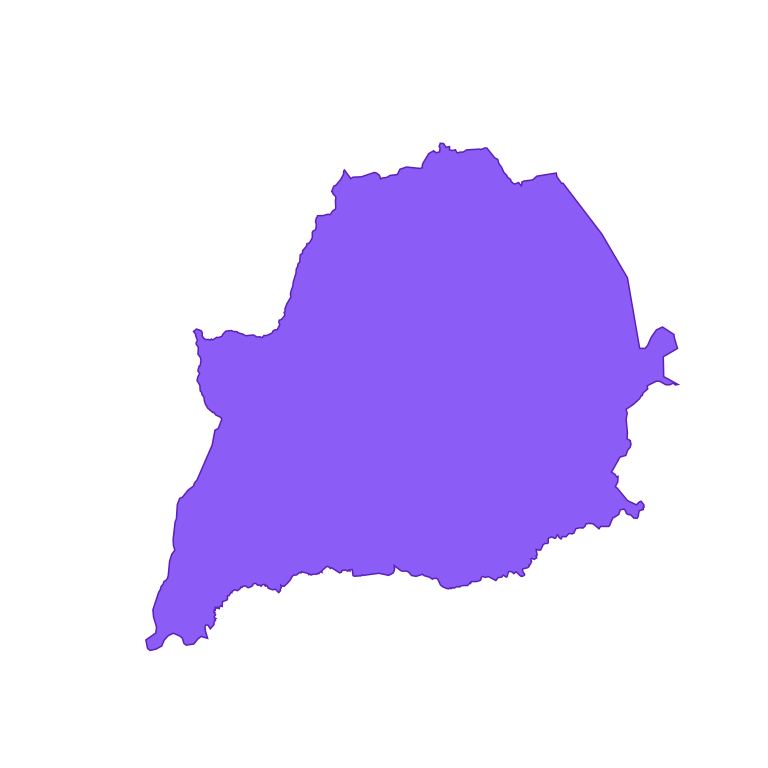 outline of Nkoranza South, Brong Ahafo, Ghana, rotated 166°
{"feature_id": "2480657B38880944597072", "entity_name": "Nkoranza South", "entity_type": "district", "adm_level": 2, "iso_a3": "GHA", "parent_name": "Ghana", "parent_adm1": "Brong Ahafo", "projection": "natural_earth1", "projection_center": [-1.641, 7.453], "detail": "fine", "context": "isolated", "style": "filled", "palette": "violet", "viewbox_px": 768, "rotation_deg": 166, "n_neighbors": 0, "source": "geoboundaries", "source_scale": "gbopen_adm2", "svg_char_len": 6167}
<svg xmlns="http://www.w3.org/2000/svg" viewBox="0 0 768 768"><g transform="rotate(166 384 384)"><path d="M210.4,191.5L208.3,193.4L200.5,191.4L199.3,192.1L194.7,198.4L187.8,200.6L185.3,204.7L181.6,204.6L180.7,203.7L180.1,199.8L179.2,198.6L176.1,197.2L174.2,193.6L171.0,192.4L169.6,193.6L167.1,199.2L162.7,199.5L162.5,201.1L161.4,201.6L161.1,204.2L163.0,208.1L164.8,207.8L168.3,205.7L175.9,211.9L182.8,226.3L184.4,228.5L180.9,232.3L179.3,237.7L180.5,237.4L181.9,240.7L184.6,243.4L172.7,256.0L166.6,256.2L163.6,260.8L160.7,262.9L159.0,265.5L158.7,269.5L161.4,272.1L159.6,277.7L157.6,291.2L155.0,297.0L155.4,300.8L147.1,303.8L139.4,308.0L137.2,310.4L136.3,310.3L134.7,312.7L129.3,315.4L129.0,318.6L119.2,320.8L116.0,320.1L110.6,315.0L107.0,314.1L102.9,314.8L101.6,312.6L98.8,312.4L110.8,323.5L106.4,342.9L90.6,347.5L91.1,359.0L90.7,361.9L100.0,371.9L106.6,370.6L113.2,364.9L119.1,357.4L122.2,355.4L127.3,356.8L122.1,428.1L136.4,476.9L161.8,535.6L163.1,535.6L163.4,536.3L166.1,543.4L165.8,547.0L185.4,548.7L190.4,546.1L199.4,547.1L201.4,546.5L201.9,544.6L203.1,543.2L204.6,546.9L208.5,546.4L209.8,547.1L211.8,550.1L211.6,551.6L214.3,555.2L214.5,557.0L216.4,560.0L217.5,566.0L219.2,570.1L219.3,574.4L221.9,576.7L227.1,588.1L229.2,588.6L233.3,588.0L234.0,588.7L247.2,591.2L250.8,589.9L254.8,590.7L256.1,590.2L257.2,590.9L258.1,594.0L261.1,594.0L263.8,595.3L263.0,598.5L266.6,598.7L268.0,602.9L271.2,604.0L273.1,601.0L272.5,599.6L273.9,595.7L277.6,595.9L279.4,598.3L284.9,596.7L292.1,589.5L293.7,587.5L294.6,584.6L297.0,584.5L309.7,589.1L316.6,588.5L320.4,584.0L327.6,584.9L331.4,583.8L335.7,584.3L337.7,583.8L337.9,587.5L340.2,590.5L342.1,591.6L355.9,590.5L364.0,592.2L366.5,591.3L370.6,601.2L371.6,600.4L372.6,597.2L376.6,592.9L382.4,588.6L384.9,588.1L388.3,583.3L387.5,582.6L387.5,580.8L385.6,577.5L385.6,576.3L386.7,574.0L388.3,566.3L389.1,565.3L391.7,564.5L395.2,561.4L397.4,562.3L402.2,562.1L407.8,563.4L408.4,562.1L409.5,561.5L411.3,557.8L410.9,555.9L412.0,552.4L413.1,550.3L416.1,549.4L416.9,548.5L418.2,543.2L422.2,539.0L424.8,538.8L426.0,536.4L430.6,533.2L431.6,530.5L434.1,529.5L436.2,522.8L438.4,521.3L439.4,518.9L441.3,516.8L442.6,512.8L447.5,504.7L448.8,501.0L451.6,496.9L453.2,493.6L453.1,491.1L458.7,485.5L461.9,481.0L462.4,478.1L463.6,477.7L463.5,474.7L468.0,471.4L470.4,471.2L471.1,469.2L470.8,466.8L474.4,462.6L476.6,462.9L478.7,462.4L480.4,460.5L485.9,459.4L488.8,460.1L490.8,458.6L491.6,458.7L493.0,459.9L495.6,460.2L498.9,463.2L506.6,464.3L508.8,466.5L513.3,469.1L513.9,470.4L517.3,471.3L519.1,472.8L524.6,473.6L528.3,471.3L529.8,469.5L533.4,469.1L535.0,469.8L539.5,468.2L540.5,469.4L541.9,468.6L543.5,469.7L546.2,470.3L547.8,471.9L548.7,474.5L547.9,478.2L548.7,480.1L552.6,482.7L556.1,481.1L554.8,477.8L555.1,476.4L554.5,471.4L556.4,469.3L556.6,468.0L555.3,464.4L557.3,457.9L555.8,454.3L555.8,451.4L557.9,446.3L559.0,446.2L560.9,442.9L561.4,441.4L560.3,439.0L563.0,435.8L564.6,432.6L563.0,427.3L564.0,421.7L563.0,420.0L563.2,417.9L561.9,414.7L562.4,411.1L562.1,407.3L560.8,403.0L556.9,397.6L555.9,397.6L554.7,394.6L550.8,391.4L549.8,389.3L555.6,380.9L559.2,380.1L565.5,366.3L588.6,336.2L591.9,333.7L593.5,331.1L599.9,328.4L606.8,323.0L610.0,322.4L613.7,317.0L618.0,303.5L620.1,300.6L626.3,284.0L627.4,278.0L627.1,273.4L631.1,270.2L634.9,264.0L639.7,250.3L641.1,247.9L643.1,246.1L645.1,245.8L646.9,243.1L649.2,241.5L650.8,238.6L653.0,236.5L662.9,220.7L664.0,213.6L663.5,203.1L665.7,197.6L677.0,193.2L677.4,184.6L675.5,182.1L669.3,181.9L663.1,183.5L659.3,188.6L654.1,192.1L648.6,193.1L643.3,189.0L641.2,186.4L640.9,180.8L639.2,178.5L631.4,177.7L626.3,181.6L622.6,183.3L616.7,179.9L617.0,187.9L616.3,192.1L615.0,193.3L613.1,192.5L611.8,188.5L607.2,191.6L606.6,194.0L604.7,195.5L605.0,196.5L603.8,197.1L605.0,198.0L605.0,199.3L603.2,200.9L603.8,201.9L603.3,203.2L604.2,203.6L603.4,205.8L602.5,205.3L601.8,208.0L601.0,207.0L599.6,207.7L599.4,206.4L598.2,205.9L598.2,206.9L596.4,208.2L594.8,207.3L593.4,211.9L588.6,212.4L587.8,213.3L587.3,215.9L586.8,216.4L585.8,216.0L582.9,218.7L582.1,218.2L581.6,219.4L578.8,220.5L576.1,218.9L572.9,220.3L572.3,221.5L570.9,221.0L569.8,221.9L567.0,221.5L565.5,219.4L564.2,219.1L560.5,220.0L559.1,221.7L558.1,221.7L556.5,221.4L555.4,219.4L553.3,219.0L552.2,217.5L550.5,218.8L548.1,218.2L548.4,217.2L547.8,216.5L546.8,217.0L546.1,216.1L545.7,213.8L541.7,211.2L539.1,211.2L536.6,207.0L534.5,208.5L534.4,209.9L533.0,211.2L532.8,213.7L532.0,212.7L529.7,211.9L525.2,214.5L522.0,216.8L519.9,219.3L518.1,220.3L515.1,219.9L511.6,221.5L510.1,220.8L509.5,221.7L504.8,219.3L503.2,218.3L503.0,217.2L502.2,217.6L501.0,216.3L498.5,216.6L495.0,215.7L493.9,216.4L493.1,215.7L491.1,217.3L489.8,216.2L489.7,217.3L488.3,218.5L483.4,220.9L481.5,219.6L480.7,218.0L479.3,218.4L472.9,211.6L471.0,211.6L469.7,213.2L466.3,212.8L464.4,211.1L463.2,211.9L462.3,210.8L461.9,212.0L459.7,211.7L460.4,205.6L459.4,204.7L452.6,203.4L451.6,204.3L450.4,203.3L434.8,201.6L425.8,197.2L420.8,198.4L418.6,201.4L418.0,205.3L413.3,199.3L411.7,198.0L407.4,197.0L405.6,195.5L403.6,191.5L399.4,189.6L392.6,190.0L391.5,188.4L386.4,185.4L384.3,182.9L383.2,183.3L380.1,182.8L379.0,181.6L377.9,175.6L376.5,173.4L372.7,170.4L370.7,169.6L368.7,170.3L368.4,169.2L366.2,169.7L365.4,169.0L361.9,169.9L361.4,169.2L359.4,168.8L359.1,169.3L356.6,169.4L351.7,168.3L348.4,170.3L348.2,169.7L347.0,171.1L342.0,169.9L337.8,170.2L335.9,173.1L334.9,173.4L332.4,171.8L329.3,171.9L323.0,166.2L320.2,168.5L316.3,168.2L314.9,169.5L314.2,169.5L312.2,167.1L311.3,167.2L308.7,171.5L307.9,171.9L305.4,170.8L303.9,168.6L301.2,169.8L298.0,164.7L296.9,164.0L295.1,164.1L293.8,164.7L293.6,165.5L294.6,168.0L294.6,170.3L293.9,171.0L289.0,171.0L287.3,171.9L286.8,172.7L287.1,173.2L285.5,173.8L283.8,176.0L284.0,178.0L283.5,178.9L282.7,179.0L280.8,177.5L277.9,178.4L277.9,180.6L276.8,180.9L276.4,186.7L273.4,185.1L272.1,185.1L268.3,189.7L266.4,190.3L263.9,189.7L263.0,190.3L262.0,194.3L261.2,194.7L258.2,195.0L255.8,193.0L254.7,193.0L252.6,195.5L251.9,195.5L251.3,192.8L249.7,190.8L247.7,192.9L244.4,191.7L240.8,194.2L237.3,193.0L235.7,193.5L233.0,197.1L229.2,197.2L225.7,196.1L223.4,197.3L222.0,199.3L218.9,199.2L215.0,197.8L210.4,191.5Z" fill="#8b5cf6" stroke="#5b21b6" stroke-width="1.5"/></g></svg>